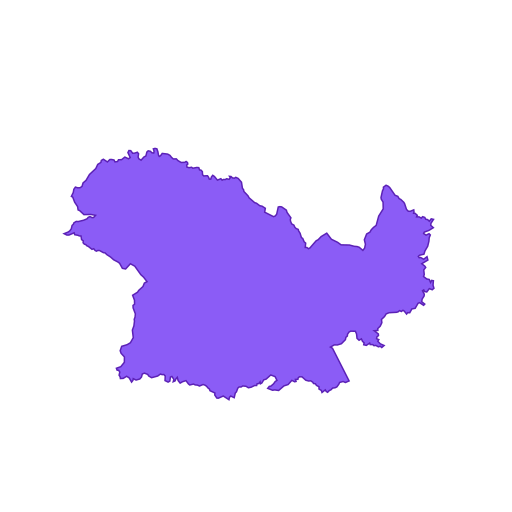 outline of Santiago, Rio Grande do Sul, Brazil, rotated 334°
{"feature_id": "56859067B44977778999111", "entity_name": "Santiago", "entity_type": "district", "adm_level": 2, "iso_a3": "BRA", "parent_name": "Brazil", "parent_adm1": "Rio Grande do Sul", "projection": "orthographic", "projection_center": [-54.765, -29.102], "detail": "fine", "context": "isolated", "style": "filled", "palette": "violet", "viewbox_px": 512, "rotation_deg": 334, "n_neighbors": 0, "source": "geoboundaries", "source_scale": "gbopen_adm2", "svg_char_len": 6133}
<svg xmlns="http://www.w3.org/2000/svg" viewBox="0 0 512 512"><g transform="rotate(334 256 256)"><path d="M158.9,102.3L157.6,103.9L153.9,104.3L150.3,107.2L142.1,109.7L136.4,113.5L132.6,114.5L130.1,117.2L127.8,117.5L125.7,116.6L123.9,114.9L121.5,116.2L119.6,118.8L116.2,121.5L117.1,122.7L116.6,128.1L117.3,133.4L116.3,136.6L117.4,137.9L119.5,143.4L125.7,146.2L129.6,149.1L126.9,150.2L125.5,149.7L124.1,147.8L122.2,147.7L120.4,148.5L116.8,148.3L111.3,147.1L109.6,146.1L106.8,146.4L105.8,147.4L104.1,147.9L101.9,150.6L99.6,151.8L97.6,152.1L93.3,151.8L95.2,154.3L97.2,155.2L102.7,155.4L102.4,157.4L105.0,159.3L106.0,160.5L107.5,161.3L106.4,164.8L107.4,166.7L106.4,168.3L106.9,170.1L108.0,171.1L108.4,172.6L109.5,173.9L111.5,178.1L113.3,178.3L113.8,180.5L114.7,181.7L116.2,181.7L117.8,182.5L120.3,186.1L121.7,187.0L122.5,189.3L124.8,193.1L126.4,197.0L129.2,200.8L130.2,202.7L130.5,208.5L133.1,210.5L139.7,207.9L142.6,212.0L144.3,222.3L145.7,225.8L146.8,231.3L143.8,231.4L141.0,233.9L135.5,235.5L133.7,236.6L127.9,237.2L127.4,242.5L125.7,246.1L123.8,246.5L122.8,248.8L122.2,255.1L120.5,257.9L118.8,259.5L118.2,261.3L115.6,265.3L112.4,268.4L109.9,275.6L105.1,278.9L101.3,279.2L95.7,278.3L92.4,281.6L92.1,284.4L93.5,289.0L91.1,293.8L86.0,296.2L81.3,295.7L81.1,297.7L82.4,298.5L82.7,300.6L80.7,303.1L80.9,305.0L80.4,306.7L83.0,307.8L87.0,307.4L88.6,310.0L88.9,314.8L90.9,313.8L91.9,312.4L93.8,314.9L97.6,315.6L100.0,314.6L102.1,312.2L104.4,312.4L106.8,315.0L106.9,316.7L108.8,319.6L115.0,320.8L118.4,320.2L119.6,321.5L121.2,322.1L121.8,324.1L119.6,328.1L121.7,330.8L123.7,330.7L126.0,327.3L127.6,327.4L128.1,330.9L126.5,332.7L128.5,332.8L130.4,331.2L132.1,330.5L131.4,333.8L132.1,337.0L134.9,336.8L138.4,337.3L139.2,341.4L139.9,342.9L143.7,343.7L144.8,345.2L146.8,346.4L148.2,348.1L152.1,348.3L153.6,349.8L154.5,351.5L155.0,353.6L155.8,355.1L155.6,356.9L159.0,361.1L158.0,362.9L158.5,366.5L159.8,367.3L165.2,367.5L168.7,373.3L170.2,371.4L171.9,370.8L174.3,373.8L177.3,370.1L178.9,369.5L181.7,366.8L183.5,366.3L185.2,367.2L187.1,367.0L189.9,368.7L191.4,371.1L194.1,371.8L197.9,371.8L199.8,372.7L201.0,371.3L202.6,371.9L204.5,370.9L204.0,372.8L205.6,372.7L208.7,370.7L211.1,371.1L217.1,369.4L220.3,372.8L220.3,377.0L218.3,377.2L215.7,378.6L212.2,379.5L210.8,379.0L208.5,380.1L212.0,383.9L214.2,384.6L217.4,386.8L224.2,385.0L228.5,385.6L233.7,383.5L235.6,386.0L237.0,386.3L237.3,384.2L239.6,385.2L240.5,384.0L242.1,383.6L244.4,384.8L246.3,389.5L248.6,391.5L250.4,392.1L251.7,394.3L251.8,395.8L253.4,396.9L253.6,398.8L255.3,401.1L254.3,403.2L255.8,405.5L255.5,407.6L259.6,406.7L259.7,408.5L260.6,409.9L262.8,409.1L264.9,409.1L266.9,408.3L269.4,409.1L271.3,409.1L274.3,407.5L275.7,406.3L279.3,407.0L280.9,408.9L284.9,409.1L284.3,372.4L283.0,370.5L287.4,370.2L290.1,371.6L294.3,372.3L299.7,370.4L301.1,368.5L303.0,368.0L304.0,366.4L306.4,365.1L308.2,365.1L312.3,367.2L312.2,370.1L310.7,374.3L311.7,376.9L314.4,376.7L314.3,379.4L315.1,381.4L313.9,383.0L316.0,384.7L320.0,384.1L319.8,385.7L322.1,386.8L322.7,388.3L324.5,388.9L326.2,391.3L328.1,391.6L328.9,393.4L331.9,392.6L329.2,389.4L328.1,386.0L329.7,385.0L328.1,383.2L329.2,381.7L331.2,381.2L331.8,379.7L329.5,375.0L332.9,376.3L333.6,374.6L336.9,373.5L339.9,371.1L341.0,368.0L344.9,366.8L347.6,365.1L350.7,365.3L357.6,368.2L359.3,368.5L361.1,368.0L362.3,369.6L364.3,369.2L365.1,370.6L365.9,374.2L367.4,373.4L369.3,374.4L372.9,371.9L376.1,372.8L381.0,369.5L382.6,369.7L385.0,373.8L386.6,373.2L384.9,369.7L386.5,367.5L389.6,365.6L390.5,364.1L390.4,360.2L391.9,360.0L392.0,361.9L393.7,363.2L397.5,361.3L399.6,363.6L401.8,363.0L402.3,359.9L404.6,356.0L403.1,354.9L401.3,356.3L401.4,353.0L399.4,351.5L397.6,347.9L399.1,346.4L400.7,342.0L403.5,340.7L403.3,339.1L401.6,335.6L408.7,335.0L409.4,331.6L405.3,332.4L403.3,329.5L401.9,329.1L401.7,327.5L403.3,327.0L407.7,328.0L410.1,325.5L414.6,322.5L417.9,318.5L419.7,315.5L421.9,313.5L421.3,311.8L418.0,311.8L416.5,309.3L417.7,308.3L422.6,308.8L427.8,308.3L426.5,305.0L427.6,303.3L431.6,300.9L429.8,299.4L427.0,300.7L426.2,298.5L424.7,297.4L424.6,295.3L423.0,293.7L421.1,294.4L419.8,292.4L417.5,291.2L418.8,290.1L417.7,287.4L416.4,286.7L417.3,285.7L418.0,283.7L414.2,283.4L412.5,282.5L411.7,280.1L412.5,274.1L412.4,272.6L410.9,268.6L409.8,267.2L409.6,264.5L407.6,262.4L406.2,253.1L405.4,251.2L403.9,249.4L400.7,250.0L400.0,251.5L398.3,252.8L394.0,258.2L393.5,259.8L393.8,263.3L391.0,269.4L383.8,273.9L377.4,281.2L374.2,281.8L371.2,282.9L368.8,284.5L365.1,284.7L360.5,288.9L359.5,293.4L357.1,296.5L354.5,297.8L352.6,293.4L351.0,291.8L348.6,290.4L344.8,287.1L337.4,283.3L335.3,279.4L331.1,274.0L329.6,266.5L323.1,267.1L319.0,268.6L316.7,268.7L308.0,272.4L306.3,272.4L305.5,270.7L304.0,269.9L306.3,266.2L305.5,264.4L305.7,260.7L304.9,259.3L305.6,254.9L305.3,252.1L305.6,250.6L304.1,248.9L303.5,247.2L303.6,244.9L302.1,242.7L302.3,239.8L302.9,238.1L304.1,237.0L303.0,230.4L303.4,228.1L300.6,223.1L299.1,222.1L297.5,221.7L292.9,227.5L290.7,228.5L289.0,228.3L283.0,220.4L285.3,217.2L283.3,213.9L281.4,212.4L279.6,208.8L278.2,207.5L275.3,200.7L275.2,198.4L273.4,192.7L273.9,191.0L273.5,189.2L275.3,183.3L274.0,178.5L272.3,176.4L270.7,176.6L269.1,175.5L268.4,173.6L267.1,172.8L267.2,174.4L265.4,175.3L263.5,173.7L261.7,173.8L260.5,173.0L258.8,173.0L258.3,171.1L254.6,170.9L253.5,166.3L252.5,164.5L250.6,165.4L249.0,167.1L247.7,166.4L247.9,164.5L247.6,162.6L244.1,161.1L243.6,159.5L244.8,156.6L244.2,154.7L243.0,153.9L243.3,151.5L241.7,150.5L237.7,149.4L237.0,148.0L234.6,147.3L232.9,145.9L233.6,143.8L235.0,143.5L235.4,141.9L234.6,140.4L233.1,140.6L229.7,139.1L227.6,135.9L227.0,133.8L224.2,132.5L223.3,130.3L222.8,127.9L221.3,125.7L216.7,122.7L214.2,124.0L212.7,124.1L212.6,122.5L213.5,119.4L213.9,116.2L212.4,115.0L210.7,114.7L210.3,117.2L209.2,118.6L207.7,117.6L207.0,115.6L205.2,114.2L203.5,114.7L200.9,117.8L198.6,117.9L194.7,119.5L193.3,117.2L193.4,115.4L195.3,112.6L194.8,110.7L192.2,110.4L190.2,109.6L189.6,106.4L188.0,105.5L186.2,106.9L186.1,112.4L184.0,112.7L181.5,109.6L177.4,110.5L174.6,109.2L173.0,110.4L170.5,109.6L170.5,107.5L168.6,106.0L166.9,105.2L163.7,106.3L161.2,102.1L158.9,102.3Z" fill="#8b5cf6" stroke="#5b21b6" stroke-width="1.5"/></g></svg>